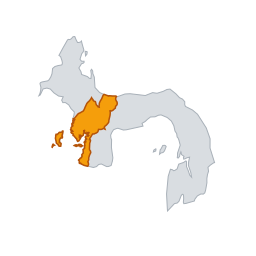 Veraguas on a map of Panama (Equal Earth projection), rotated 29°
{"feature_id": "PAN-1341", "entity_name": "Veraguas", "entity_type": "Province", "adm_level": 1, "iso_a3": "PAN", "parent_name": "Panama", "parent_adm1": "", "projection": "equal_earth", "projection_center": [-81.249, 8.046], "detail": "fine", "context": "in_parent", "style": "filled", "palette": "amber", "viewbox_px": 256, "rotation_deg": 29, "n_neighbors": 0, "source": "natural_earth", "source_scale": "10m", "svg_char_len": 8291}
<svg xmlns="http://www.w3.org/2000/svg" viewBox="0 0 256 256"><g transform="rotate(29 128 128)"><path d="M220.5,116.3L219.8,116.9L218.0,120.5L217.0,123.6L219.4,126.8L220.1,130.2L221.5,134.0L223.6,137.7L226.0,144.7L226.6,147.5L225.9,149.3L223.7,150.4L221.6,153.7L221.0,157.7L221.4,159.7L215.1,166.0L213.5,167.1L212.4,166.1L211.0,162.9L209.4,160.3L208.5,159.4L208.0,159.4L207.5,160.0L207.3,161.4L208.1,167.3L207.4,169.8L205.3,171.6L202.8,181.4L201.9,180.1L193.7,167.0L186.6,150.8L185.1,143.5L187.0,143.0L188.7,143.2L189.7,142.1L190.8,139.9L189.9,135.0L193.3,131.2L194.6,128.7L195.5,129.0L197.8,133.3L201.0,135.8L205.0,139.4L207.5,140.2L204.4,136.4L198.9,131.4L197.4,128.2L196.0,123.6L193.9,125.6L192.9,127.2L191.8,128.2L190.9,127.1L190.7,125.6L187.5,125.3L186.7,124.0L185.8,123.2L186.2,126.1L186.9,127.8L186.5,129.9L185.5,130.1L184.6,127.9L183.5,125.9L182.0,117.7L178.3,113.8L176.7,112.5L175.3,112.0L173.3,109.3L170.6,107.9L167.0,103.8L162.6,100.9L157.2,99.8L150.6,100.5L148.4,102.1L146.9,104.2L146.2,105.1L142.3,107.5L140.8,111.0L139.9,113.9L138.0,117.1L140.2,119.1L127.5,130.3L125.0,132.0L119.3,133.1L118.0,134.3L116.2,136.5L116.0,139.9L116.3,142.7L117.9,145.0L119.4,146.3L122.9,153.0L129.2,161.4L130.4,164.5L131.4,169.0L129.5,171.2L128.0,172.1L122.1,172.4L120.0,174.2L119.2,177.0L116.9,179.3L109.2,181.5L103.2,181.8L101.3,179.2L100.8,171.9L96.8,159.4L95.8,150.8L94.8,151.9L92.6,152.9L91.9,155.0L91.3,161.4L90.5,163.5L88.9,163.3L85.4,161.0L80.9,159.0L75.1,145.5L74.5,143.0L73.3,140.0L68.8,138.7L65.0,136.5L60.9,136.1L58.7,137.4L56.5,135.8L56.2,132.1L51.8,133.7L46.2,133.2L41.2,131.6L37.7,132.4L34.8,135.0L35.2,141.7L34.4,143.0L34.2,140.3L33.3,137.2L32.1,134.6L29.5,131.9L29.4,130.9L30.4,129.5L35.0,125.6L35.6,124.0L35.7,120.6L35.2,117.3L33.2,112.5L34.3,109.6L36.7,107.2L39.1,105.3L39.6,104.6L39.1,102.9L37.7,101.2L34.4,98.2L32.4,98.0L32.3,89.4L32.4,80.3L32.9,79.4L34.2,78.9L35.1,77.5L35.7,74.8L37.1,73.8L39.7,75.9L42.4,77.7L43.5,77.1L44.4,76.2L45.0,75.4L45.1,74.5L47.3,76.9L51.6,81.2L51.9,83.4L51.5,85.4L52.7,91.2L55.0,92.1L57.2,90.9L57.8,92.0L57.4,93.1L56.2,94.3L55.9,99.3L59.6,101.6L61.5,103.7L67.7,102.7L70.0,103.3L71.6,102.7L69.8,98.7L67.5,95.7L67.7,94.3L69.5,95.3L70.8,97.4L73.9,99.9L79.5,108.6L85.9,110.7L91.0,110.4L95.8,109.3L103.4,105.9L108.9,99.7L113.2,97.0L127.4,91.2L132.4,85.1L134.6,84.3L136.6,83.5L141.0,78.9L143.4,75.4L145.9,73.6L153.4,74.9L158.3,76.5L161.6,76.3L164.9,77.5L166.3,80.1L167.8,81.3L175.7,81.0L182.2,82.3L196.4,90.0L205.0,97.6L209.5,105.8L220.5,116.3ZM77.5,176.7L75.7,176.9L71.9,174.9L69.1,171.2L68.9,169.9L68.9,168.7L70.5,164.8L72.5,163.5L73.3,163.5L75.2,168.0L73.9,169.7L74.4,172.5L77.2,174.5L77.5,176.7ZM169.0,133.8L168.3,135.7L166.7,131.4L167.0,130.3L166.9,126.4L168.4,125.4L169.5,125.3L170.4,125.8L171.0,130.4L170.5,132.5L169.0,133.8ZM56.3,83.4L55.9,85.5L53.3,81.7L54.9,81.1L55.4,81.2L56.3,83.4ZM163.4,134.7L161.8,136.7L161.3,134.8L162.3,132.8L162.7,132.8L163.4,134.7Z" fill="#d9dde1" stroke="#a8b0b8" stroke-width="1"/><path d="M90.7,110.2L92.0,110.0L93.5,109.8L95.0,109.4L95.2,109.6L95.5,109.5L95.9,109.2L96.1,108.8L98.8,107.6L101.3,106.2L101.9,105.9L102.6,106.0L102.6,106.3L102.6,106.5L102.6,107.4L102.8,107.8L103.0,108.3L103.3,108.9L103.6,109.2L104.2,109.7L104.8,110.1L105.4,110.3L105.7,110.6L106.0,110.8L106.7,111.8L106.9,112.4L107.1,113.0L107.0,113.7L106.8,114.3L106.7,114.8L106.8,115.6L106.9,116.0L107.1,116.3L107.2,116.5L107.3,116.8L106.7,118.2L106.3,119.6L105.4,121.1L104.3,121.3L103.9,121.8L104.7,122.6L105.4,123.9L106.2,125.8L107.5,130.4L108.3,132.2L108.2,133.6L107.7,135.9L106.8,138.0L106.9,138.8L108.5,140.2L107.8,140.3L107.4,140.2L107.0,140.2L106.7,140.3L105.9,141.6L105.3,142.2L104.1,142.9L102.9,143.5L103.4,145.5L103.4,146.2L103.0,147.1L102.8,147.6L101.8,148.8L101.1,149.8L100.2,150.1L100.0,150.3L99.9,150.7L99.7,155.9L99.9,156.9L100.7,156.6L101.0,156.8L101.2,157.0L101.4,157.5L101.6,158.2L101.8,159.5L102.0,160.1L104.6,165.3L105.6,166.1L106.3,166.3L106.5,166.5L107.4,167.7L107.4,169.0L107.6,170.9L108.1,173.1L109.0,174.7L109.2,175.8L109.2,176.4L109.2,176.9L109.2,177.1L109.7,177.3L110.0,177.6L110.7,178.3L111.0,178.8L111.3,179.4L111.3,181.0L107.7,182.0L104.9,182.1L104.2,181.8L103.8,182.1L103.7,182.2L103.3,181.8L103.1,181.8L102.6,182.4L102.2,182.1L101.7,180.9L101.5,180.7L101.3,180.5L101.0,180.3L100.7,180.3L100.3,180.1L100.3,179.8L100.5,179.5L100.7,179.3L100.8,179.1L100.8,178.2L100.8,177.8L101.0,177.5L101.3,177.1L101.5,176.9L101.6,176.2L101.6,175.4L101.5,174.7L100.6,174.0L100.6,173.1L101.0,171.7L100.8,171.1L99.6,169.3L99.5,169.2L99.2,168.9L99.1,168.6L99.5,168.3L99.5,167.9L99.6,167.4L99.7,167.0L99.8,166.5L99.4,165.9L99.0,165.3L98.7,165.0L98.7,164.7L98.9,164.7L98.9,164.4L97.3,162.2L96.9,161.9L96.7,161.8L96.5,161.7L96.6,161.2L96.8,160.8L97.0,160.5L97.3,160.4L97.7,160.6L97.6,160.2L97.2,159.8L96.8,159.5L96.5,159.4L96.4,159.2L97.1,157.8L96.7,157.8L96.4,157.8L96.1,157.6L95.9,157.4L96.0,157.4L96.1,157.2L95.3,157.0L95.0,156.3L95.1,155.6L95.3,155.3L95.5,155.2L95.9,154.8L96.2,154.7L96.7,154.7L97.0,154.6L97.2,154.3L97.3,153.7L97.1,153.7L96.3,154.3L96.1,153.1L96.1,150.3L95.4,152.1L94.9,152.7L94.5,151.8L94.3,151.8L94.4,152.3L94.5,152.7L94.7,152.9L95.0,153.1L95.0,153.4L93.4,153.4L93.1,153.3L92.7,152.9L92.3,152.8L91.4,152.5L91.3,151.8L91.2,151.1L90.6,150.9L90.9,151.1L91.0,151.3L91.0,151.6L90.6,151.8L90.7,152.1L91.3,152.8L91.8,153.2L91.9,153.3L91.9,153.7L91.8,154.0L91.7,154.3L92.4,155.9L92.0,157.0L91.3,158.0L90.6,158.7L90.4,158.4L90.4,158.1L90.6,157.8L90.6,157.4L90.1,157.4L89.6,157.4L89.6,157.8L90.0,157.9L90.2,158.2L90.6,159.0L90.1,159.3L89.9,159.2L89.6,159.0L89.9,159.6L90.1,160.0L90.3,160.0L90.8,159.6L91.3,159.4L91.4,159.9L91.3,161.9L91.3,162.4L91.3,162.7L91.3,163.1L91.1,163.3L90.7,163.8L90.6,164.1L90.3,164.1L90.0,163.8L88.9,163.0L88.7,162.9L88.5,162.4L88.1,162.2L87.3,162.2L84.5,161.1L83.6,161.2L83.5,160.7L83.2,160.3L83.0,159.9L82.7,159.7L81.9,159.9L80.9,159.8L80.2,159.4L80.1,158.7L80.4,158.6L81.0,158.2L81.4,157.7L80.1,157.2L79.7,157.3L79.7,158.1L78.9,157.4L78.5,157.2L78.5,156.9L78.7,156.5L78.5,156.1L78.2,155.7L78.0,155.2L78.1,154.4L78.3,153.9L78.7,153.1L78.7,152.8L78.5,152.6L78.3,152.5L78.0,152.6L77.8,152.8L77.6,152.8L77.3,152.5L77.3,152.2L77.7,151.8L77.6,151.5L77.4,151.3L76.9,151.3L77.0,150.6L77.0,149.8L77.2,149.4L77.8,149.7L77.7,149.3L77.6,149.0L77.1,148.4L77.3,148.1L77.2,147.4L77.3,146.9L76.9,147.1L76.7,147.0L76.7,147.7L76.8,148.3L76.9,148.6L76.8,148.8L76.5,148.7L76.3,148.6L76.2,148.3L76.2,148.0L76.1,147.5L75.5,146.4L76.2,146.1L76.4,145.7L76.5,145.2L76.6,144.7L77.4,140.1L77.6,139.6L77.7,139.3L78.6,138.2L80.3,135.4L80.5,135.2L80.6,134.8L80.7,133.4L80.6,132.1L80.4,130.7L80.3,129.0L80.1,126.7L80.2,126.0L80.3,125.3L81.1,122.8L81.4,120.9L81.4,119.1L82.3,119.7L83.3,120.0L83.7,120.2L83.9,120.4L84.1,120.8L85.6,121.0L86.5,120.7L86.8,120.8L88.4,122.5L89.0,123.0L90.3,123.4L91.1,123.8L91.4,124.0L91.7,124.0L92.7,123.7L92.1,123.0L91.8,122.3L91.7,121.9L91.6,121.5L91.3,121.1L91.0,120.5L90.8,119.6L90.7,117.9L90.8,115.1L90.4,111.8L90.6,110.6L90.6,110.4L90.7,110.2ZM75.5,173.7L75.9,174.0L76.9,173.9L77.1,174.2L78.0,176.5L77.4,176.9L76.7,177.2L76.0,177.2L74.8,176.3L73.3,176.1L72.7,175.9L72.3,175.5L71.5,174.3L70.9,173.8L69.5,172.2L68.7,170.0L68.4,169.7L68.1,168.3L68.2,168.2L68.9,168.2L69.2,168.1L69.2,167.9L69.6,166.9L69.8,166.3L69.8,165.9L69.9,165.6L70.0,165.1L70.3,164.9L70.9,164.7L71.9,163.8L72.2,163.6L72.5,163.7L72.4,163.4L72.3,162.8L72.2,162.5L72.5,162.5L72.5,162.8L72.7,162.6L72.8,162.5L73.7,165.4L73.7,165.9L73.8,166.0L74.1,166.6L74.1,167.1L74.5,167.1L74.9,167.5L75.1,167.6L75.2,167.8L75.3,168.6L75.1,168.8L74.0,169.3L73.9,169.6L73.7,171.0L73.8,171.8L74.4,172.5L74.6,172.9L74.6,173.4L74.8,173.8L75.0,174.0L75.3,173.7L75.5,173.7ZM92.9,166.2L93.4,165.9L93.9,165.6L95.0,165.3L95.4,165.5L95.9,165.6L96.8,165.6L96.4,166.6L96.2,167.0L95.8,167.2L95.4,167.4L95.1,167.5L94.9,167.3L94.6,167.1L94.4,167.0L94.2,166.9L93.9,166.9L93.6,167.0L93.4,167.2L93.3,167.5L93.1,167.8L92.2,168.4L91.7,169.2L91.5,169.3L91.2,169.3L90.9,169.2L90.6,169.1L89.6,169.5L89.4,169.5L89.7,168.9L90.1,168.4L90.4,168.1L90.8,167.8L92.0,167.6L92.4,167.2L92.6,166.7L92.9,166.2ZM70.6,178.7L70.9,178.6L71.2,178.6L71.5,178.7L72.0,178.7L71.6,179.2L71.1,180.4L70.8,180.9L71.0,181.2L71.1,181.5L70.8,181.5L70.3,179.5L70.4,179.1L70.2,178.8L70.2,178.7L70.4,178.4L70.5,178.4L70.6,178.5L70.6,178.7Z" fill="#f59e0b" stroke="#b45309" stroke-width="1.5"/></g></svg>